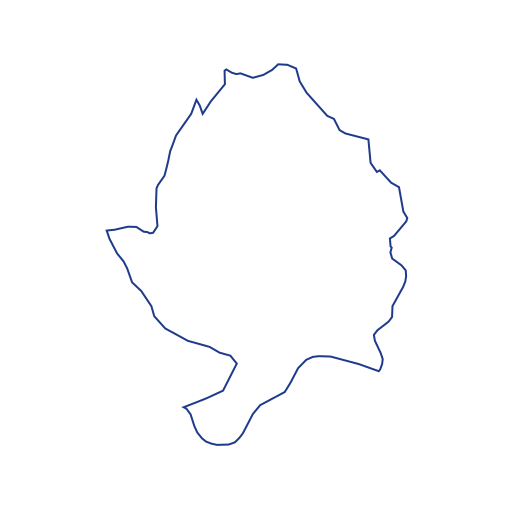 Kaesong City, Hwanghae-bukto, North Korea, rotated 195°
{"feature_id": "82179303B5428034439323", "entity_name": "Kaesong City", "entity_type": "district", "adm_level": 2, "iso_a3": "PRK", "parent_name": "North Korea", "parent_adm1": "Hwanghae-bukto", "projection": "natural_earth1", "projection_center": [126.564, 37.948], "detail": "fine", "context": "isolated", "style": "outline", "palette": "blue", "viewbox_px": 512, "rotation_deg": 195, "n_neighbors": 0, "source": "geoboundaries", "source_scale": "gbopen_adm2", "svg_char_len": 1652}
<svg xmlns="http://www.w3.org/2000/svg" viewBox="0 0 512 512"><g transform="rotate(195 256 256)"><path d="M286.7,91.2L283.7,90.5L278.2,86.1L271.5,75.7L267.0,70.3L261.0,65.9L256.2,63.8L250.0,63.2L244.6,63.5L233.6,66.8L228.1,70.6L225.0,76.0L222.8,81.3L218.1,102.7L213.3,113.1L193.0,132.1L189.9,142.5L186.3,158.6L180.6,168.7L175.1,173.2L169.4,175.5L157.9,178.2L145.2,178.2L128.6,178.2L107.6,176.5L106.7,178.8L106.2,184.2L106.9,189.2L110.5,194.6L119.3,205.0L121.7,210.3L119.5,215.7L110.9,227.0L108.8,232.3L111.2,243.0L105.9,264.1L105.2,269.8L105.7,275.1L107.6,280.8L113.0,284.6L123.8,288.8L127.1,294.2L127.1,299.2L128.5,300.1L131.2,307.6L127.8,311.2L119.8,328.4L119.7,331.8L125.2,337.1L135.7,359.5L144.5,361.8L158.6,370.8L161.0,368.5L169.4,375.6L174.8,390.1L177.6,397.7L201.4,397.5L207.8,399.2L216.2,408.6L223.4,409.8L249.4,426.8L259.0,436.0L262.4,441.8L265.8,447.5L275.2,448.8L284.2,446.9L288.6,439.9L295.8,432.8L305.2,427.3L318.3,428.4L322.1,426.6L326.8,426.8L333.0,428.5L334.3,426.8L330.5,413.9L339.6,393.8L344.3,379.5L349.3,386.8L354.0,391.5L354.8,382.7L355.4,376.5L364.4,351.8L364.6,349.8L365.3,341.7L366.0,335.1L365.8,331.4L365.4,325.0L365.2,316.1L365.2,309.8L367.2,304.3L369.0,299.4L369.6,295.7L368.0,288.7L365.3,277.2L358.9,259.3L361.4,251.8L364.5,250.4L365.8,250.7L367.2,251.0L370.7,250.4L379.1,253.1L387.1,251.2L392.5,248.4L399.5,244.7L403.0,243.4L406.8,241.9L401.8,234.5L396.3,228.5L390.8,222.5L382.5,216.5L377.1,210.5L368.9,198.5L357.8,192.5L344.1,180.5L338.7,171.5L324.9,162.5L304.6,157.6L299.8,156.4L277.3,156.2L266.2,153.2L255.0,153.1L246.7,147.1L253.0,117.4L267.3,105.5L286.7,91.2Z" fill="none" stroke="#1e3a8a" stroke-width="2"/></g></svg>